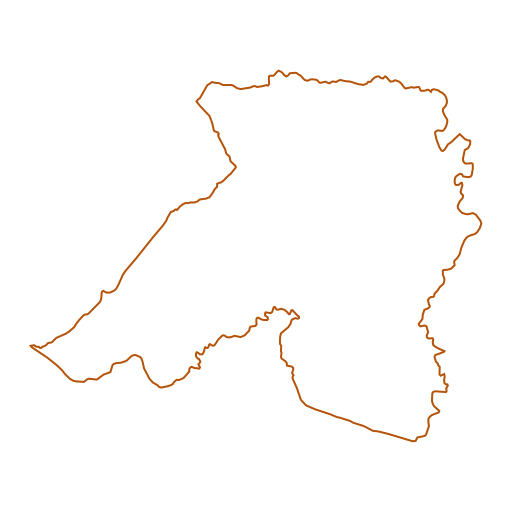 Venilale, Baucau, East Timor (Robinson projection)
{"feature_id": "22284137B53868942540237", "entity_name": "Venilale", "entity_type": "district", "adm_level": 2, "iso_a3": "TLS", "parent_name": "East Timor", "parent_adm1": "Baucau", "projection": "robinson", "projection_center": [126.397, -8.638], "detail": "fine", "context": "isolated", "style": "outline", "palette": "amber", "viewbox_px": 512, "rotation_deg": 0, "n_neighbors": 0, "source": "geoboundaries", "source_scale": "gbopen_adm2", "svg_char_len": 5998}
<svg xmlns="http://www.w3.org/2000/svg" viewBox="0 0 512 512"><path d="M198.0,99.5L196.5,101.5L200.0,105.9L209.5,116.0L212.1,122.7L213.8,130.3L214.5,131.2L218.1,132.6L218.8,134.0L218.1,135.0L218.7,137.0L225.0,149.0L226.2,153.3L227.1,154.5L229.5,156.4L230.3,160.4L230.8,161.5L235.5,165.9L235.8,167.4L230.4,174.2L228.8,175.2L223.9,180.2L221.5,182.2L217.2,183.6L217.0,186.9L214.9,188.9L212.8,192.6L209.6,197.2L206.2,198.6L200.3,199.4L198.7,200.2L197.7,201.3L194.3,202.5L190.7,202.4L188.6,203.0L185.3,203.1L182.5,204.5L180.2,206.3L177.0,210.0L175.9,209.4L174.8,209.9L173.7,211.0L170.8,212.0L167.4,217.8L166.2,220.8L162.7,225.8L153.6,236.5L136.2,258.3L125.4,271.0L122.8,274.9L118.2,285.2L116.3,288.6L114.7,290.3L110.3,292.5L106.6,292.6L103.2,290.9L102.0,291.7L101.6,293.3L101.3,298.1L100.6,300.8L99.7,302.2L88.6,313.5L87.5,314.2L84.6,314.7L83.5,315.3L79.1,320.1L75.7,324.5L74.3,327.0L69.6,331.2L66.0,333.6L56.3,337.9L52.1,342.0L51.0,342.6L48.1,343.0L46.2,345.0L44.2,346.2L42.4,346.6L41.4,347.8L40.4,348.0L39.6,347.8L38.8,346.8L36.2,346.7L34.2,345.2L30.7,345.8L31.7,347.2L47.1,357.5L56.4,364.9L62.1,370.3L65.2,374.3L69.9,378.8L73.1,380.7L76.3,381.4L83.9,381.9L87.2,379.3L89.1,378.7L96.8,379.6L103.6,374.6L110.4,372.1L112.5,365.2L113.6,364.0L116.2,363.1L121.0,362.7L125.6,361.1L126.8,360.5L131.7,355.9L134.5,355.0L135.9,355.1L140.4,357.2L141.4,358.6L142.6,361.8L144.0,368.3L149.6,379.0L153.0,382.6L157.5,385.2L159.2,387.0L161.2,387.5L162.8,387.3L168.6,386.0L172.2,384.5L173.2,383.6L173.6,382.4L176.6,379.9L179.0,380.0L183.6,378.0L189.3,371.5L189.3,369.1L190.4,367.4L191.8,366.8L194.0,367.9L199.4,368.6L200.0,367.1L199.1,366.0L198.4,364.2L199.3,363.5L200.4,361.6L199.0,359.0L197.6,358.4L196.2,356.6L195.9,355.1L196.1,353.3L196.6,352.3L197.8,352.6L199.9,354.3L202.2,354.4L203.6,352.5L204.8,348.0L205.3,347.2L206.6,348.0L207.9,347.8L208.7,346.3L209.0,345.0L209.8,344.1L212.6,345.7L213.6,345.7L214.7,345.0L218.2,339.6L222.4,335.5L223.3,335.3L224.9,335.7L226.5,337.1L228.8,337.4L231.1,337.1L234.5,335.8L240.6,337.1L244.6,335.4L249.2,330.6L249.7,328.0L250.4,326.7L255.5,325.9L256.7,324.1L256.3,322.1L256.4,319.2L256.8,318.2L257.6,317.7L258.5,317.8L261.1,319.3L263.8,320.0L267.3,320.0L267.9,319.0L267.7,317.3L265.1,315.5L265.1,313.2L265.6,312.4L270.7,313.1L272.2,311.9L273.7,307.2L274.6,307.0L275.4,307.5L275.8,308.8L277.2,309.8L281.1,308.9L284.3,309.7L286.7,311.6L288.9,314.2L289.8,314.1L291.5,310.2L292.4,310.1L297.2,315.3L298.9,316.5L299.0,318.1L297.7,318.7L295.3,318.1L292.0,319.6L291.2,321.1L290.6,323.7L288.2,327.3L281.0,333.3L280.2,336.6L279.9,342.1L280.1,344.1L281.2,345.7L281.0,351.0L281.5,353.0L281.0,356.8L281.6,358.5L285.7,361.5L286.7,363.0L287.0,365.6L291.6,366.5L293.2,367.9L293.2,369.6L292.1,373.0L293.5,375.3L292.9,376.1L292.5,377.9L292.8,379.0L296.9,388.1L300.8,399.7L305.0,404.3L306.5,405.6L315.4,409.4L330.3,414.3L337.2,417.2L339.7,417.6L350.4,421.1L353.1,422.7L363.6,426.0L372.9,430.8L378.6,431.5L387.8,433.8L412.9,441.3L415.7,440.8L417.4,437.4L424.5,436.0L426.0,434.8L428.9,426.3L428.3,420.4L428.6,418.4L430.0,416.6L432.0,415.0L438.7,412.4L439.3,410.9L433.8,405.9L432.5,403.0L432.0,400.7L432.3,393.6L432.6,392.8L433.4,391.8L435.6,391.3L445.9,392.1L446.6,391.0L446.2,388.5L447.8,385.6L447.4,384.4L446.3,384.5L444.5,383.3L444.1,380.1L444.7,376.2L444.2,374.1L440.7,375.7L439.5,374.4L439.7,366.9L438.1,365.1L438.0,363.8L435.9,361.6L434.6,357.2L434.8,355.7L435.5,355.0L443.7,352.0L444.4,351.1L438.2,348.4L434.6,346.2L433.1,344.8L432.8,341.7L433.2,339.6L432.5,338.2L428.8,338.5L427.4,337.8L426.9,336.9L426.7,335.3L428.2,332.2L426.4,326.3L424.7,325.5L420.2,326.3L418.8,324.8L418.9,323.6L422.4,319.1L422.8,314.6L424.4,309.8L428.3,308.2L429.7,306.9L429.7,305.7L428.8,304.2L428.0,299.8L429.1,298.3L430.9,297.1L433.5,296.8L434.1,295.9L434.4,294.1L435.5,292.5L437.1,291.2L440.1,286.7L442.8,284.5L443.7,283.2L444.5,279.8L444.2,278.1L442.9,274.8L442.8,270.6L443.5,270.1L447.6,269.7L451.2,268.6L454.6,265.2L454.1,261.5L455.1,260.0L456.7,258.7L459.7,254.3L461.3,247.8L464.4,240.5L467.1,237.0L470.4,235.4L474.9,234.0L477.3,232.0L480.0,227.7L481.3,223.5L480.4,220.7L475.9,214.7L472.8,213.1L467.5,214.3L465.5,214.0L462.2,212.9L459.7,210.6L458.0,208.2L457.7,206.1L458.1,204.9L459.5,201.8L462.7,197.9L463.0,196.4L462.9,195.2L461.1,193.5L460.6,191.7L462.4,185.1L461.9,182.9L461.1,182.8L458.6,184.9L456.0,185.0L455.2,184.2L454.6,182.2L454.8,178.9L455.5,177.2L456.6,175.9L460.0,173.8L461.9,174.2L463.3,176.5L467.6,177.1L469.9,176.9L470.8,176.4L471.8,174.7L472.8,168.5L472.8,164.7L472.4,163.6L471.4,163.2L466.5,163.6L465.3,163.4L463.5,161.8L463.1,160.3L463.0,158.4L464.8,150.0L468.0,148.2L468.9,146.8L470.1,144.1L470.3,141.2L469.7,140.5L467.7,140.3L464.8,139.0L459.7,134.1L451.2,142.2L448.0,144.3L444.9,149.3L442.9,151.0L441.5,150.6L439.4,147.2L436.6,139.9L435.3,134.5L435.1,132.9L435.4,131.8L437.8,130.4L442.2,130.9L443.2,130.6L445.0,128.4L446.3,125.8L447.3,122.0L447.2,119.6L444.4,115.1L442.9,111.4L443.0,109.0L445.9,105.5L446.8,103.1L447.0,100.9L446.2,97.7L445.0,95.4L442.5,93.0L439.8,91.7L438.4,90.4L433.7,89.2L432.0,89.8L431.0,91.8L428.8,90.0L427.4,89.7L425.0,90.7L421.1,90.8L420.3,89.9L419.3,87.3L418.2,87.0L413.4,87.7L412.0,87.1L405.6,88.5L404.6,87.9L401.0,83.2L399.0,81.6L395.1,80.2L393.1,81.3L390.4,81.6L386.2,76.9L385.1,76.4L382.9,78.5L380.7,77.9L378.8,76.4L377.3,76.4L374.5,77.6L372.0,79.9L371.2,81.2L370.1,81.9L368.2,81.8L366.9,83.6L363.5,84.9L358.5,84.2L350.2,81.6L345.0,81.1L340.6,80.0L339.4,80.2L336.0,82.0L332.8,81.4L329.1,83.3L325.3,81.7L320.6,82.8L319.3,82.5L317.3,80.3L316.0,79.7L312.0,79.3L310.2,79.5L307.9,80.7L305.5,80.3L304.3,79.6L300.6,75.6L298.7,74.7L296.7,73.1L295.3,72.8L290.0,73.2L288.2,75.3L286.4,76.5L284.1,75.0L282.6,73.0L281.1,71.8L278.6,70.7L277.0,71.9L274.0,75.4L272.7,75.8L270.0,75.7L269.0,76.4L268.8,79.1L269.2,83.9L267.9,85.7L266.5,85.1L261.9,86.3L257.1,87.0L255.2,86.1L253.0,86.3L250.5,87.5L240.6,89.1L236.9,88.1L233.3,85.7L231.5,85.0L223.8,85.1L222.4,84.8L219.3,83.2L214.5,82.7L212.3,82.0L207.2,85.3L200.1,97.9L198.0,99.5Z" fill="none" stroke="#b45309" stroke-width="2"/></svg>